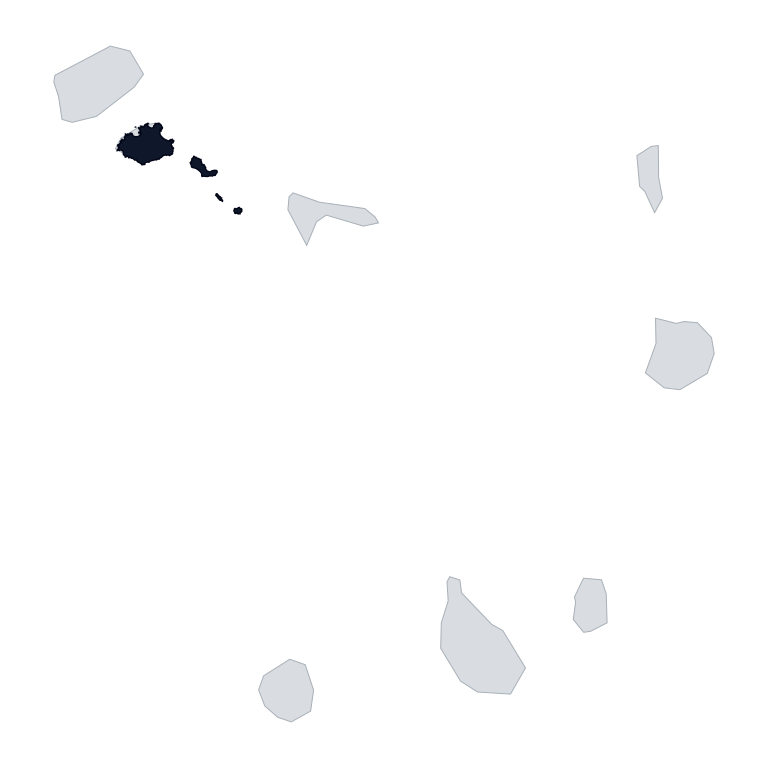 Nossa Senhora Da Luz, São Vicente, Cabo Verde shown in context
{"feature_id": "66160863B58817505266013", "entity_name": "Nossa Senhora Da Luz", "entity_type": "district", "adm_level": 2, "iso_a3": "CPV", "parent_name": "Cabo Verde", "parent_adm1": "São Vicente", "projection": "robinson", "projection_center": [-24.915, 16.763], "detail": "fine", "context": "in_parent", "style": "filled", "palette": "ink", "viewbox_px": 768, "rotation_deg": 0, "n_neighbors": 0, "source": "geoboundaries", "source_scale": "gbopen_adm2", "svg_char_len": 7091}
<svg xmlns="http://www.w3.org/2000/svg" viewBox="0 0 768 768"><path d="M525.5,667.9L510.5,694.1L477.5,692.0L460.6,681.2L440.7,648.3L441.3,622.9L448.2,600.9L447.0,581.8L449.8,576.7L459.9,580.0L461.6,592.9L491.7,624.4L502.8,630.6L525.5,667.9ZM96.4,116.4L72.2,122.3L62.0,119.4L58.6,96.8L53.8,81.9L54.9,75.3L110.4,46.1L129.9,51.0L143.5,74.2L134.2,87.1L96.4,116.4ZM655.5,318.2L676.3,323.4L684.1,321.5L697.4,322.7L711.5,337.6L714.2,353.5L707.3,373.4L679.9,389.7L664.1,387.8L645.4,372.9L656.0,343.5L655.5,318.2ZM310.6,711.1L291.2,721.9L277.6,717.2L264.8,706.0L258.6,689.8L263.6,675.8L289.7,659.3L305.2,664.7L313.6,690.2L310.6,711.1ZM364.9,208.6L375.1,217.0L378.5,222.9L363.3,226.1L326.3,215.1L316.5,221.8L306.7,245.4L287.9,209.7L289.1,196.6L293.1,192.9L319.4,202.2L364.9,208.6ZM590.6,631.3L583.7,632.3L573.3,619.5L575.6,601.8L574.4,597.1L583.5,578.2L601.5,579.8L606.2,593.8L607.1,622.8L590.6,631.3ZM166.5,152.9L146.1,159.7L133.5,158.9L115.4,148.8L121.1,138.0L140.7,125.9L154.2,123.3L165.3,144.9L166.5,152.9ZM662.5,198.2L654.6,212.7L644.8,191.4L639.6,186.3L636.9,155.6L651.3,146.4L658.3,145.6L658.6,177.4L662.5,198.2Z" fill="#d9dde1" stroke="#a8b0b8" stroke-width="1"/><path d="M161.2,125.1L160.7,124.8L159.5,123.5L158.6,123.2L158.2,123.2L157.1,123.7L155.3,123.5L155.1,123.9L155.5,124.3L155.2,124.2L155.1,124.3L155.3,124.4L155.1,125.0L154.7,125.5L154.3,125.5L153.8,125.8L153.7,126.4L154.2,126.7L154.1,127.1L152.7,127.9L151.5,128.2L150.3,127.8L148.1,126.6L147.9,125.6L147.7,125.5L147.3,125.8L147.0,125.6L146.9,125.1L147.0,124.8L147.4,124.7L147.9,124.0L147.9,123.7L148.2,123.6L147.9,123.3L147.1,123.7L146.6,124.4L146.4,124.5L146.4,124.3L146.1,124.1L145.7,124.5L145.0,124.7L144.1,126.7L143.6,126.9L142.6,126.8L142.3,127.0L142.0,126.7L141.7,126.9L141.3,126.4L140.8,126.3L141.0,127.0L140.7,128.0L140.3,128.1L138.7,127.8L138.7,128.3L139.3,129.0L138.8,129.5L138.9,129.4L139.3,129.6L139.6,129.6L139.6,129.8L140.2,130.2L140.4,130.8L140.2,131.8L139.8,132.0L139.1,132.0L138.3,133.0L138.8,132.4L139.0,132.4L138.8,132.9L138.9,133.0L139.1,132.5L139.7,132.5L139.7,133.1L140.1,133.1L140.1,133.4L140.3,132.9L140.8,132.8L141.1,133.2L140.9,133.3L141.1,133.4L140.9,133.4L141.0,134.0L140.8,134.5L140.6,134.4L140.4,134.4L140.7,134.5L140.2,135.2L139.9,135.1L140.1,135.2L139.9,135.2L140.0,135.4L139.5,135.8L139.4,135.7L139.2,136.1L137.9,136.6L135.6,136.8L133.4,136.2L132.8,135.4L132.5,135.4L132.3,134.9L132.5,134.6L132.4,134.2L132.0,133.5L131.6,133.3L131.2,133.4L131.1,133.6L130.9,133.5L130.8,133.4L130.7,133.4L130.3,133.2L129.8,133.9L129.4,134.1L129.3,134.7L129.2,134.8L128.7,134.6L128.6,134.4L127.9,134.0L127.5,134.1L127.9,134.8L127.7,135.2L127.5,135.3L126.6,135.1L125.5,134.2L125.5,134.6L125.9,135.1L125.7,135.4L126.1,135.9L125.8,136.3L125.3,136.0L125.1,136.1L124.7,137.2L124.3,137.5L124.3,137.8L124.8,138.5L124.6,139.3L124.1,139.8L123.3,140.0L123.0,140.3L122.3,139.9L122.0,139.4L121.7,140.0L122.1,140.4L121.9,140.4L121.7,140.8L121.5,140.6L121.1,140.7L120.8,140.3L120.9,140.6L120.3,141.4L121.0,141.9L121.0,142.4L120.6,142.7L120.6,143.1L120.3,143.1L119.9,143.3L119.5,144.4L118.6,144.6L117.6,145.1L117.7,145.8L118.0,145.9L118.2,146.4L118.8,146.4L118.8,146.6L119.2,146.7L119.3,146.9L119.1,147.4L118.5,147.6L118.6,148.1L118.2,149.0L117.3,149.9L117.2,150.6L117.9,150.4L118.2,150.2L118.6,150.3L119.2,149.9L119.8,149.8L119.8,150.0L120.2,149.7L122.0,150.5L122.8,151.0L123.2,151.7L123.5,154.8L124.5,155.3L124.9,155.8L125.0,156.3L125.2,156.7L125.4,156.6L125.4,157.1L125.9,157.0L126.7,156.3L127.3,156.3L128.4,156.8L128.8,157.6L129.0,157.4L129.4,157.2L129.7,157.5L130.0,157.2L131.8,158.3L132.6,158.3L133.1,158.5L133.5,158.9L134.7,160.0L135.1,160.1L135.6,159.8L136.2,160.0L136.7,160.7L137.3,160.7L137.4,161.3L138.2,162.2L138.7,162.3L139.0,162.1L139.9,162.9L140.1,162.7L140.5,163.1L140.7,163.5L141.3,163.6L141.8,164.7L142.3,164.8L143.3,164.4L144.0,164.6L144.6,164.4L144.9,164.2L144.8,163.3L144.9,163.1L146.2,162.2L147.7,162.0L148.3,162.2L148.8,162.0L149.3,162.0L149.5,161.5L149.9,161.2L152.3,160.4L153.2,160.3L153.6,160.1L154.9,159.8L155.8,159.7L156.2,159.9L156.6,159.5L157.5,159.3L157.8,159.4L158.0,159.1L158.8,158.8L159.3,159.0L159.6,158.4L160.0,158.0L161.1,157.5L163.2,155.6L164.0,155.2L164.6,155.2L165.0,154.9L165.3,154.8L166.3,155.3L167.0,155.0L168.1,155.0L169.2,155.2L169.4,155.5L169.9,155.4L169.9,155.1L170.5,154.7L171.5,154.5L172.3,153.9L172.6,153.1L172.5,152.4L172.6,151.7L172.9,151.4L172.9,150.5L172.8,150.4L173.0,149.5L172.9,149.0L173.1,148.8L173.2,148.1L173.4,148.0L173.1,147.6L172.3,147.5L172.0,147.0L171.7,146.8L171.7,146.2L172.0,146.0L171.4,145.5L171.1,144.2L171.5,143.3L172.1,143.1L172.3,142.6L173.1,142.6L173.2,141.9L173.5,141.6L173.3,141.4L173.4,141.2L173.2,141.2L173.3,140.8L173.0,140.9L173.2,140.5L172.9,140.2L172.6,140.2L172.4,140.1L172.2,139.6L171.9,140.0L171.8,139.6L171.4,139.7L171.0,139.8L170.7,139.7L170.5,140.0L170.5,139.8L170.4,140.0L170.4,139.8L170.1,139.9L169.2,140.9L168.6,140.9L167.3,140.6L166.3,140.0L165.9,140.0L163.9,138.8L162.1,137.3L161.7,136.7L161.0,136.1L160.0,134.5L159.8,133.7L159.9,133.2L159.7,132.5L160.3,131.1L160.9,131.0L160.6,130.4L160.1,130.4L159.9,129.9L160.0,129.5L160.6,129.2L161.0,129.3L161.0,129.7L161.3,129.6L161.5,129.8L161.6,129.7L161.4,129.3L161.6,128.5L162.1,128.4L162.2,128.9L162.3,128.5L162.4,127.3L161.5,126.3L161.2,125.1ZM194.0,156.3L193.8,156.3L193.5,157.2L192.9,157.8L192.9,158.3L191.9,158.9L192.1,159.2L191.9,159.4L191.8,160.5L191.1,161.7L191.1,162.1L190.3,162.6L190.6,163.8L191.2,164.8L191.6,166.8L191.9,167.2L192.5,167.3L192.8,167.6L194.0,167.7L196.2,168.5L198.2,169.8L200.1,171.4L201.3,172.9L201.7,173.7L201.9,175.3L201.7,175.7L201.8,176.1L202.2,176.4L202.4,176.2L203.3,176.2L206.6,176.4L206.9,176.5L208.4,176.3L210.0,175.5L210.4,175.9L211.8,175.8L212.5,176.0L214.0,175.0L214.7,175.4L215.1,175.4L215.3,175.2L215.5,174.6L215.8,174.3L216.0,173.7L216.8,172.8L217.1,172.4L216.9,171.8L217.1,171.4L216.9,170.9L216.5,170.7L216.4,170.5L214.3,170.3L213.7,170.6L212.0,170.8L210.1,172.1L207.4,171.2L206.6,170.5L205.5,168.8L205.4,167.5L204.9,167.0L204.8,166.4L205.0,166.5L204.7,165.9L204.2,165.5L204.2,164.9L203.9,164.8L203.2,164.8L202.8,164.4L202.6,164.4L201.9,164.0L201.6,162.7L201.5,162.3L201.4,162.4L201.1,161.5L200.8,161.3L200.8,160.3L201.1,160.0L200.8,159.5L199.4,159.2L199.2,159.0L199.0,158.7L198.7,158.8L198.4,158.5L197.5,158.5L197.3,158.2L196.6,158.0L196.4,157.5L196.1,157.5L195.9,157.3L195.4,157.4L194.0,156.3ZM239.3,207.5L238.2,207.8L238.0,208.1L237.4,208.5L236.1,209.0L235.7,208.7L235.0,208.8L234.9,208.6L234.5,208.8L234.4,209.6L233.9,210.5L234.1,211.3L234.5,212.0L234.9,213.2L235.4,213.2L235.7,213.4L237.3,213.2L237.8,213.7L238.6,213.9L239.1,213.7L240.0,213.8L240.1,212.8L241.3,211.9L241.2,211.4L241.4,210.9L241.6,210.9L241.5,210.6L241.9,209.9L241.6,209.1L241.3,208.7L240.2,208.6L239.3,207.5ZM217.0,193.8L216.4,193.8L215.8,195.2L217.6,197.2L218.1,198.1L218.8,198.7L219.3,199.6L220.1,200.2L220.5,200.3L220.8,200.1L222.0,200.7L222.1,201.1L222.5,201.3L222.7,201.0L222.8,201.1L221.2,198.3L221.3,198.1L221.1,198.1L220.4,196.9L220.0,196.8L218.9,195.9L217.0,193.8ZM135.7,127.0L135.7,126.6L135.5,127.0L135.7,127.0Z" fill="#0f172a" stroke="#020617" stroke-width="1.5"/></svg>